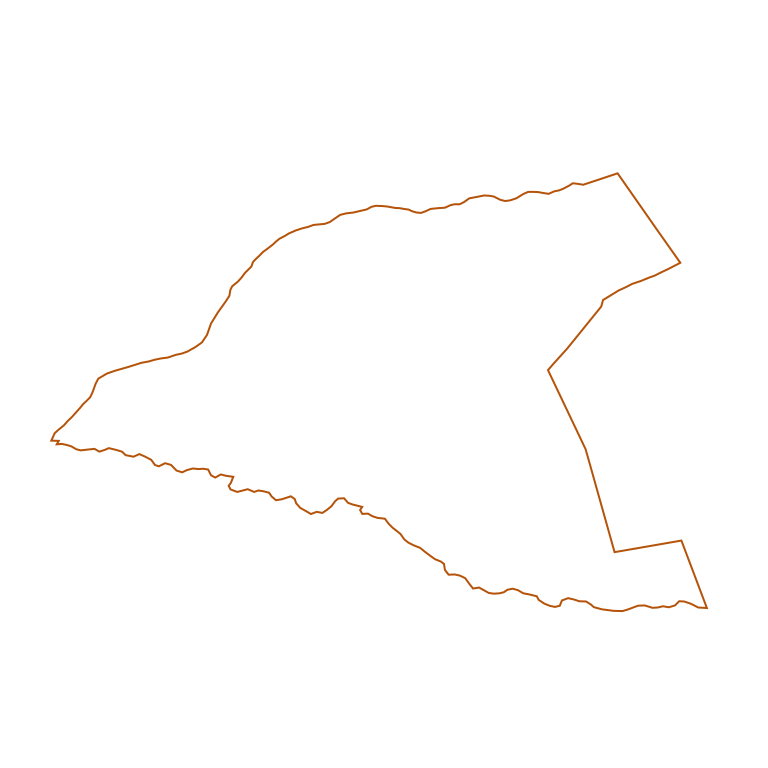 Governador Nunes Freire, Maranhão, Brazil (Natural Earth projection), rotated 272°
{"feature_id": "56859067B42446193818241", "entity_name": "Governador Nunes Freire", "entity_type": "district", "adm_level": 2, "iso_a3": "BRA", "parent_name": "Brazil", "parent_adm1": "Maranhão", "projection": "natural_earth1", "projection_center": [-45.838, -2.038], "detail": "fine", "context": "isolated", "style": "outline", "palette": "amber", "viewbox_px": 768, "rotation_deg": 272, "n_neighbors": 0, "source": "geoboundaries", "source_scale": "gbopen_adm2", "svg_char_len": 3190}
<svg xmlns="http://www.w3.org/2000/svg" viewBox="0 0 768 768"><g transform="rotate(272 384 384)"><path d="M315.8,53.5L315.8,60.9L312.3,59.1L312.9,64.0L312.0,69.1L310.8,73.6L308.0,78.9L307.1,83.1L307.9,88.7L309.1,96.9L306.5,101.8L308.3,107.0L310.3,111.2L308.9,118.1L307.2,124.6L303.9,128.2L302.6,136.2L305.4,141.9L303.2,147.5L300.1,154.0L295.0,158.0L293.9,161.9L297.2,168.0L295.7,174.0L290.3,179.6L288.7,185.4L291.0,189.9L292.9,195.8L292.5,201.4L293.0,206.3L292.4,211.2L286.7,214.4L284.6,218.6L287.9,224.1L286.7,229.5L286.0,236.6L279.8,234.4L276.9,232.3L273.3,234.3L271.0,241.1L274.1,251.5L271.6,258.0L273.2,262.2L272.5,267.8L271.3,273.0L267.7,275.6L264.1,280.1L265.2,285.8L268.5,294.8L265.9,298.8L261.7,300.4L257.2,304.7L253.8,311.3L251.5,315.5L253.9,321.2L253.0,326.9L256.3,331.5L260.0,335.7L265.2,339.3L267.9,342.2L268.4,348.1L264.0,352.2L262.5,356.7L261.5,361.4L260.4,366.5L257.2,364.5L253.4,366.9L253.9,372.5L251.5,377.0L250.0,382.1L249.4,389.6L244.4,393.6L240.6,397.7L237.7,401.7L234.7,405.7L229.4,409.7L226.3,413.9L223.9,419.1L221.5,425.8L217.5,431.1L213.4,437.0L210.7,441.1L208.6,446.9L206.3,450.2L200.3,451.4L195.7,455.2L196.1,461.6L195.1,466.7L192.8,471.9L186.6,476.8L182.7,480.1L183.9,486.1L181.1,491.6L178.8,496.0L178.3,501.1L178.8,506.4L180.0,510.9L182.7,514.6L183.9,519.8L182.7,524.9L179.7,530.5L178.8,536.4L177.2,544.1L173.7,546.1L170.1,551.9L168.1,557.4L167.2,562.7L168.5,567.4L173.9,569.4L176.4,575.5L175.2,581.7L173.7,586.6L173.7,593.5L170.9,598.4L168.3,601.5L166.4,609.8L165.8,616.2L165.3,621.4L165.4,630.3L167.1,635.4L171.3,645.6L171.8,652.3L169.7,660.1L170.2,665.4L171.6,670.6L170.8,676.5L172.9,682.6L177.2,686.6L177.1,691.6L175.1,698.4L171.6,705.8L171.4,714.5L237.9,686.7L224.0,620.3L317.7,590.4L326.0,587.7L403.6,547.4L409.6,552.2L412.9,555.0L426.0,566.0L469.0,598.4L475.6,600.0L485.7,615.3L489.5,622.9L492.7,628.5L495.8,636.8L499.7,645.5L501.7,650.6L504.9,656.4L508.8,664.0L515.5,675.9L547.1,651.9L602.7,610.1L590.1,576.2L590.8,570.6L591.2,565.7L588.7,562.1L585.4,556.3L583.6,552.2L582.5,547.5L579.8,541.9L580.5,536.0L581.2,531.4L581.2,525.8L581.0,521.3L578.8,516.7L574.2,509.8L571.9,503.5L571.1,498.7L572.1,493.9L575.2,487.2L575.8,482.8L575.9,477.5L574.4,471.0L572.5,462.7L568.6,457.6L566.3,453.4L566.1,448.1L565.0,444.1L562.3,438.7L561.7,432.4L560.6,424.5L558.0,419.3L556.3,415.1L556.5,410.6L557.6,406.2L559.2,402.4L559.6,398.1L560.3,393.5L560.3,389.3L561.5,381.0L561.8,375.8L561.8,369.6L560.6,365.2L557.9,360.7L554.3,347.4L553.2,340.2L551.5,334.3L547.3,328.6L544.0,324.2L542.0,319.3L540.5,308.0L538.4,302.8L536.6,296.5L534.3,290.3L531.1,283.6L528.5,279.7L525.5,274.4L522.6,271.1L519.9,268.5L514.4,261.9L511.8,258.5L507.8,254.9L504.3,251.4L501.5,248.9L496.7,247.3L490.1,241.1L485.8,238.2L481.4,234.6L476.4,228.9L472.8,227.2L466.8,226.4L461.2,223.1L449.8,215.5L438.4,209.0L426.9,205.4L419.2,200.6L414.4,194.3L409.5,186.3L407.3,180.7L405.9,175.0L402.9,167.1L401.7,159.9L400.2,153.8L398.4,148.4L396.7,140.8L394.5,134.6L391.9,127.2L387.9,114.8L384.7,106.6L379.4,98.3L374.2,95.8L365.3,92.9L360.5,90.8L356.5,87.1L353.6,84.2L349.9,81.4L339.8,73.0L335.9,69.1L331.8,65.8L326.2,59.5L323.3,56.6L319.9,55.2L315.8,53.5Z" fill="none" stroke="#b45309" stroke-width="2"/></g></svg>